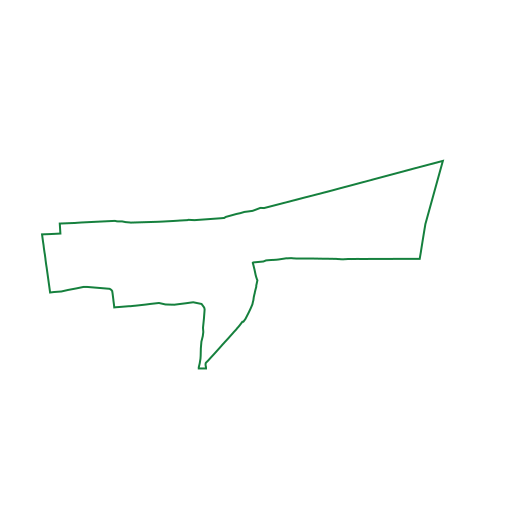 Santa Cruz Amilpas, Oaxaca, Mexico (Albers equal-area conic projection), rotated 252°
{"feature_id": "50627088B5876126006722", "entity_name": "Santa Cruz Amilpas", "entity_type": "district", "adm_level": 2, "iso_a3": "MEX", "parent_name": "Mexico", "parent_adm1": "Oaxaca", "projection": "albers", "projection_center": [-96.687, 17.048], "detail": "fine", "context": "isolated", "style": "outline", "palette": "green", "viewbox_px": 512, "rotation_deg": 252, "n_neighbors": 0, "source": "geoboundaries", "source_scale": "gbopen_adm2", "svg_char_len": 2744}
<svg xmlns="http://www.w3.org/2000/svg" viewBox="0 0 512 512"><g transform="rotate(252 256 256)"><path d="M288.7,463.1L290.4,432.9L293.2,379.5L293.7,369.9L294.0,364.4L294.2,361.1L294.3,359.0L294.4,357.6L294.8,348.9L296.4,322.8L296.5,321.7L298.2,293.2L299.1,278.5L300.4,275.0L300.1,269.4L300.0,266.7L300.8,262.2L301.5,258.6L301.6,254.3L302.0,250.6L302.5,239.5L302.4,239.0L302.0,237.4L302.1,237.2L302.3,236.3L302.6,234.9L306.5,219.1L309.1,208.6L311.2,203.1L311.3,202.9L311.3,201.9L313.4,194.0L313.6,193.1L314.8,188.4L316.4,182.4L317.8,177.1L318.9,173.1L320.1,169.0L326.5,147.1L327.0,146.1L328.5,142.5L330.2,139.5L331.9,134.5L332.9,132.9L333.2,132.0L341.8,100.4L342.9,96.0L343.2,94.6L344.0,91.8L347.5,79.4L337.8,76.9L339.0,72.4L340.8,65.8L342.7,59.2L335.6,57.9L332.0,57.3L329.0,56.7L324.4,55.9L322.9,55.7L318.0,54.8L317.7,54.7L312.8,53.8L309.6,53.3L284.9,48.9L284.2,52.6L283.1,57.1L282.7,58.7L282.4,59.9L281.8,66.6L280.7,75.1L279.9,82.3L278.7,86.0L272.2,101.5L270.0,106.7L268.5,107.9L267.1,108.4L264.6,108.0L264.1,107.9L258.3,106.8L258.0,106.7L256.4,106.4L253.7,105.9L250.9,105.3L250.5,107.2L249.9,109.6L247.6,119.3L247.0,121.2L246.9,121.8L246.6,123.3L245.9,126.4L243.9,136.1L243.0,141.0L241.3,149.2L237.9,154.9L236.3,159.3L234.9,163.3L234.0,168.1L232.7,174.8L232.0,178.8L231.4,182.0L227.2,189.4L223.6,190.6L222.5,190.8L221.0,190.6L212.7,187.2L204.1,183.4L200.0,182.4L196.2,180.6L191.4,177.6L185.2,175.0L178.1,172.5L175.4,171.4L171.3,169.3L167.7,167.1L166.7,166.8L166.0,169.0L165.6,170.2L164.5,173.7L165.8,174.1L167.2,174.2L168.8,174.6L169.9,175.3L171.3,178.1L173.5,181.9L175.4,185.3L177.7,189.3L179.9,193.1L182.3,197.1L182.7,197.9L184.0,200.1L184.3,200.7L186.9,205.3L187.3,205.9L189.9,210.4L190.3,211.0L192.4,214.8L192.9,215.4L193.7,216.8L194.1,217.5L195.2,219.2L195.7,219.9L197.7,222.8L197.4,223.7L199.4,226.5L204.8,231.9L208.0,234.9L211.1,237.6L212.8,238.6L213.5,239.0L214.7,239.8L217.6,241.2L218.8,241.9L220.3,242.8L221.2,243.4L221.7,243.6L224.3,245.2L226.6,246.7L228.0,247.2L229.3,248.0L231.4,249.2L232.4,249.8L232.8,249.8L233.3,249.7L236.1,249.7L238.2,249.8L243.8,250.4L245.3,250.5L247.9,250.7L250.3,250.8L250.6,250.9L250.7,251.5L248.5,261.3L248.7,264.2L248.2,266.4L247.4,269.6L246.9,271.3L246.1,274.5L245.7,276.5L245.3,279.0L244.7,282.6L244.5,284.0L244.1,285.1L243.1,288.8L242.1,291.1L242.0,291.4L241.2,293.4L235.8,309.9L232.6,319.2L229.9,327.3L229.7,327.9L229.3,328.9L228.9,330.2L228.6,331.1L227.6,333.4L227.3,334.3L226.7,335.7L226.4,336.5L225.9,337.9L225.8,338.4L225.1,341.0L224.7,342.7L223.6,345.9L221.9,351.4L220.9,354.4L220.6,355.2L217.9,363.7L216.4,368.3L212.1,381.7L202.7,410.8L208.6,413.9L210.4,414.8L220.0,419.7L229.5,424.6L231.2,425.5L234.1,427.0L235.9,428.2L288.7,463.1Z" fill="none" stroke="#15803d" stroke-width="2"/></g></svg>